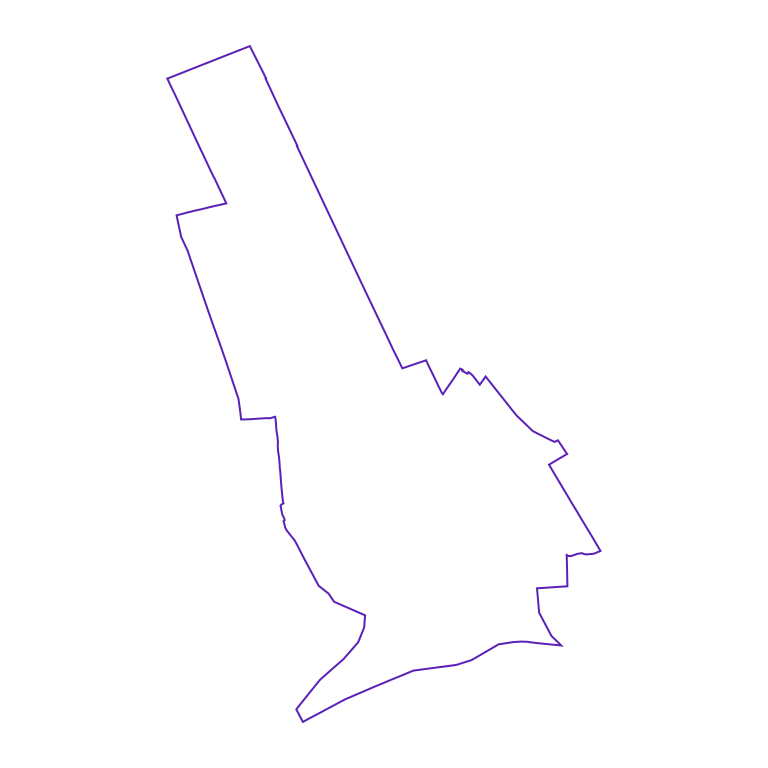 Unirea, Calarasi, Romania
{"feature_id": "2599482B78203742234892", "entity_name": "Unirea", "entity_type": "district", "adm_level": 2, "iso_a3": "ROU", "parent_name": "Romania", "parent_adm1": "Calarasi", "projection": "natural_earth1", "projection_center": [27.6, 44.275], "detail": "fine", "context": "isolated", "style": "outline", "palette": "violet", "viewbox_px": 768, "rotation_deg": 0, "n_neighbors": 0, "source": "geoboundaries", "source_scale": "gbopen_adm2", "svg_char_len": 4723}
<svg xmlns="http://www.w3.org/2000/svg" viewBox="0 0 768 768"><path d="M561.2,645.5L557.4,641.7L552.8,637.3L551.4,635.9L545.3,624.3L539.2,612.8L538.6,606.6L538.1,600.5L537.0,588.3L552.2,587.3L567.4,586.3L567.1,570.6L566.7,555.0L567.2,555.2L567.7,555.5L568.0,555.7L568.3,555.9L568.6,556.0L568.8,556.0L569.1,556.0L569.3,556.0L569.5,556.0L570.0,556.1L570.4,556.0L570.8,556.0L571.3,556.0L571.4,555.9L571.6,555.9L571.8,555.8L572.0,555.8L572.3,555.7L572.6,555.6L572.8,555.5L573.0,555.4L573.5,555.3L573.9,555.1L574.2,555.0L574.4,554.8L574.8,554.7L575.2,554.6L575.9,554.4L576.6,554.1L577.8,553.8L578.9,553.6L579.7,553.5L580.5,553.3L581.1,553.3L581.6,553.2L581.8,553.2L582.0,553.2L582.1,553.3L582.5,553.4L582.9,553.5L583.3,553.7L583.7,553.9L584.0,554.0L584.3,554.1L584.6,554.2L585.0,554.2L585.2,554.3L585.5,554.3L585.8,554.3L586.2,554.4L586.3,554.4L586.5,554.4L586.9,554.4L587.1,554.4L587.9,554.3L588.6,554.2L589.0,554.2L589.5,554.1L590.0,554.1L590.8,554.0L591.7,554.0L592.0,554.0L592.4,554.0L592.6,553.9L592.8,553.9L593.1,553.9L593.4,553.8L593.9,553.6L594.5,553.5L595.4,553.1L596.3,552.7L597.5,552.2L598.8,551.7L599.4,551.4L600.0,551.1L600.5,550.9L591.9,536.4L583.1,521.8L580.2,517.0L577.4,512.2L571.6,502.7L560.3,483.7L549.0,464.7L558.0,459.3L567.1,454.0L567.0,453.9L566.9,453.7L566.2,452.7L565.5,451.7L564.1,449.5L562.9,447.8L561.8,446.0L561.2,445.1L560.5,444.2L559.2,442.2L557.9,440.3L556.3,441.1L554.6,441.9L551.6,440.5L548.5,439.0L546.7,438.1L544.9,437.2L542.0,435.7L539.0,434.3L536.9,433.2L534.7,432.0L533.7,431.6L532.8,431.1L532.7,431.0L532.6,430.9L524.5,423.1L516.4,415.3L512.4,410.4L508.5,405.4L497.0,390.9L485.6,376.5L484.6,378.0L483.5,379.5L483.0,380.3L482.4,381.1L482.0,381.7L481.6,382.2L481.4,382.5L481.2,382.7L480.9,383.2L480.5,383.6L480.1,384.2L479.8,384.7L477.8,382.1L475.7,379.4L474.3,377.5L473.9,377.1L473.0,375.9L471.9,374.8L470.8,373.8L469.3,372.7L468.5,372.1L467.4,373.8L465.2,372.5L463.0,371.3L462.5,371.1L462.1,370.8L462.7,369.9L461.0,368.9L460.3,368.6L458.0,371.9L456.2,374.7L452.2,380.7L447.5,387.4L442.9,394.2L441.8,392.9L441.4,392.1L441.0,391.2L439.9,389.0L438.8,386.8L438.0,385.2L437.3,383.6L435.9,380.8L434.6,378.0L433.5,375.8L432.4,373.5L430.0,368.6L427.6,363.6L427.0,362.2L426.3,360.9L426.2,360.6L426.1,360.3L414.2,364.3L402.3,368.3L397.9,359.2L393.4,350.2L389.8,342.6L386.3,335.1L382.1,326.3L377.9,317.5L372.5,306.2L367.1,294.9L359.7,279.3L352.4,263.8L324.6,204.9L296.9,146.1L297.4,145.9L287.8,125.8L278.1,105.7L271.9,92.2L265.6,78.7L266.1,78.5L262.1,70.4L253.9,54.2L249.8,46.1L223.8,56.3L167.6,78.5L167.3,78.6L168.7,81.4L170.1,84.6L175.8,96.3L201.0,150.3L202.5,153.3L207.5,164.0L213.7,177.1L214.1,177.5L214.2,178.0L214.5,178.2L219.3,188.6L223.7,197.8L226.3,203.4L218.7,205.1L214.6,206.0L208.3,207.5L202.0,209.1L194.3,210.8L189.5,212.0L187.7,212.4L185.9,212.9L181.4,214.1L179.0,214.7L176.6,215.3L177.7,220.8L181.2,237.0L184.4,243.8L187.6,250.6L189.9,257.5L201.8,292.3L211.4,320.2L214.1,327.7L216.8,335.3L220.9,346.8L224.9,358.3L231.7,378.6L238.5,399.0L240.0,409.9L240.6,414.6L241.1,419.5L242.0,419.4L243.4,419.4L244.9,419.4L247.7,419.3L250.6,419.2L256.3,418.8L262.0,418.4L263.0,418.4L264.1,418.3L265.7,418.2L267.4,418.1L268.8,418.2L270.1,418.3L272.6,417.5L275.1,416.7L275.2,416.8L275.2,417.2L275.2,417.5L275.4,418.3L275.6,419.1L275.7,420.6L275.8,422.0L276.0,423.5L276.1,425.0L276.2,426.9L276.3,428.8L276.3,429.2L276.4,429.7L276.4,429.8L276.6,431.3L276.8,432.9L277.2,435.1L277.5,437.3L277.6,438.7L277.8,440.0L277.9,441.5L278.0,443.1L277.9,443.5L277.9,444.0L277.8,444.5L277.7,445.1L277.7,445.5L277.7,445.9L278.2,452.5L278.4,453.1L278.5,453.6L278.6,454.5L278.7,455.4L278.8,456.0L279.0,456.6L279.1,458.0L279.2,459.4L279.3,461.0L279.5,462.5L279.6,463.8L279.7,465.2L279.7,466.2L279.7,467.3L279.9,468.5L280.1,469.6L280.1,469.8L280.1,470.1L280.2,471.2L280.4,473.6L280.5,474.9L280.7,477.2L280.8,479.5L281.0,481.7L281.2,484.0L281.6,488.9L282.1,493.9L282.5,497.7L282.9,501.4L283.2,502.4L283.5,503.4L282.6,503.8L281.8,504.3L281.5,504.5L281.2,504.8L280.8,505.2L280.5,505.6L281.3,509.5L282.1,513.9L283.4,516.7L284.6,519.5L284.7,519.9L284.7,520.2L284.2,520.6L283.6,521.1L284.2,523.4L284.6,525.0L285.0,526.7L285.1,527.0L285.3,527.9L287.2,531.1L290.2,534.8L294.9,540.8L297.0,544.7L304.4,559.1L318.7,585.8L328.7,593.7L331.4,597.8L334.1,601.8L365.1,615.3L364.6,621.4L364.2,627.4L361.2,634.8L358.2,642.2L350.8,650.8L343.3,659.3L331.6,669.5L320.0,679.8L308.1,694.5L300.5,704.0L296.3,709.3L296.7,710.1L300.5,717.4L302.9,721.9L308.5,718.8L315.4,715.2L333.0,705.8L338.4,702.9L345.6,699.1L375.2,686.4L395.7,677.9L413.4,670.6L456.4,664.9L471.5,660.1L485.1,652.2L498.7,644.3L513.9,642.0L521.2,641.6L528.0,641.8L528.3,642.0L536.4,643.0L546.9,644.1L555.4,644.9L561.2,645.5Z" fill="none" stroke="#5b21b6" stroke-width="2"/></svg>